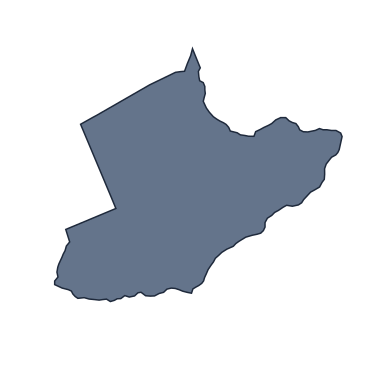 outline of Santa Inês, Bahia, Brazil, rotated 108°
{"feature_id": "56859067B23396017870292", "entity_name": "Santa Inês", "entity_type": "district", "adm_level": 2, "iso_a3": "BRA", "parent_name": "Brazil", "parent_adm1": "Bahia", "projection": "orthographic", "projection_center": [-39.849, -13.276], "detail": "fine", "context": "isolated", "style": "filled", "palette": "slate", "viewbox_px": 384, "rotation_deg": 108, "n_neighbors": 0, "source": "geoboundaries", "source_scale": "gbopen_adm2", "svg_char_len": 1969}
<svg xmlns="http://www.w3.org/2000/svg" viewBox="0 0 384 384"><g transform="rotate(108 192 192)"><path d="M109.4,65.5L106.2,65.1L92.9,66.4L90.0,68.8L89.0,74.1L90.4,78.4L91.1,82.8L92.3,86.5L92.3,90.4L95.3,93.7L97.5,97.6L99.1,100.4L100.3,104.8L99.6,108.8L97.1,111.0L94.8,114.3L94.9,118.1L94.3,121.7L92.3,125.8L93.8,130.6L97.5,134.6L102.2,137.3L105.0,139.9L108.4,143.6L111.4,146.4L114.9,150.1L119.9,150.3L121.5,155.5L121.9,159.1L122.7,163.7L121.7,167.3L122.2,174.4L119.2,177.1L117.2,180.4L116.4,183.5L115.9,187.3L115.1,190.8L113.8,195.0L110.7,200.3L107.7,204.3L105.0,206.8L102.3,209.3L98.5,209.6L94.2,209.8L91.0,211.3L87.7,212.4L84.5,215.1L83.8,219.1L80.2,221.1L75.3,223.2L71.4,222.5L55.6,235.8L62.9,235.4L71.5,236.1L79.5,236.4L81.0,240.0L83.3,244.7L103.2,265.4L149.0,306.8L151.7,309.4L162.0,318.9L223.2,266.1L231.2,259.3L266.6,300.5L277.3,292.9L282.2,294.8L287.0,294.6L291.0,295.3L294.2,295.5L301.7,296.4L305.1,296.4L309.9,295.7L314.3,293.2L319.1,295.1L322.5,294.0L323.5,285.9L323.1,279.5L323.5,276.1L325.8,273.8L327.5,270.8L328.4,267.7L325.8,261.9L325.6,256.8L324.3,250.9L323.5,246.9L322.0,243.9L320.3,240.2L321.4,235.8L319.0,232.3L316.7,230.2L315.4,226.8L311.3,223.9L311.3,219.2L308.6,214.5L304.6,212.3L303.1,209.5L305.0,204.1L303.9,199.5L302.4,195.5L298.6,191.8L296.2,188.0L292.1,185.8L289.8,182.0L288.9,178.1L288.9,174.2L289.2,170.1L288.9,165.3L288.4,161.2L283.9,161.2L281.2,158.9L278.9,156.7L275.9,154.5L273.0,153.5L269.5,153.6L265.2,153.1L260.8,152.7L255.8,151.3L251.9,150.0L247.8,149.3L244.1,147.1L240.2,145.0L235.6,141.2L230.8,135.9L227.5,134.4L224.4,132.1L218.4,127.0L214.5,121.3L212.1,117.1L209.9,113.9L206.7,112.2L202.8,111.7L198.5,113.1L193.6,112.2L189.4,108.8L185.9,107.1L182.8,104.1L178.4,100.7L175.4,97.9L174.5,92.1L171.4,86.8L168.4,84.4L164.8,83.5L159.6,81.1L155.5,79.2L152.1,76.0L147.8,72.2L142.7,71.3L139.1,70.1L134.2,71.3L128.9,73.1L124.0,73.0L119.7,71.5L115.8,70.0L112.3,66.7L109.4,65.5Z" fill="#64748b" stroke="#1e293b" stroke-width="1.5"/></g></svg>